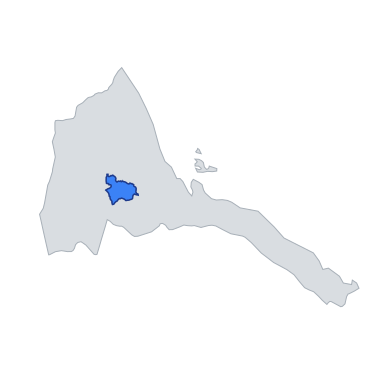 Mensura, Gash Barka, Eritrea (highlighted), rotated 353°
{"feature_id": "51966322B6823166627891", "entity_name": "Mensura", "entity_type": "district", "adm_level": 2, "iso_a3": "ERI", "parent_name": "Eritrea", "parent_adm1": "Gash Barka", "projection": "albers", "projection_center": [38.235, 15.48], "detail": "fine", "context": "in_parent", "style": "filled", "palette": "blue", "viewbox_px": 384, "rotation_deg": 353, "n_neighbors": 0, "source": "geoboundaries", "source_scale": "gbopen_adm2", "svg_char_len": 7062}
<svg xmlns="http://www.w3.org/2000/svg" viewBox="0 0 384 384"><g transform="rotate(353 192 192)"><path d="M42.1,236.9L40.7,223.3L39.8,214.2L38.9,204.6L38.0,195.5L42.4,190.0L44.4,184.7L49.7,167.5L51.8,164.1L55.9,154.9L56.5,152.2L60.6,140.6L60.2,132.9L59.5,125.1L61.7,120.5L63.6,116.8L63.5,113.7L64.4,106.4L65.1,104.6L67.5,104.5L72.3,105.4L75.9,104.7L80.1,104.7L83.3,104.5L85.2,102.3L87.8,93.8L89.5,92.1L90.8,91.6L94.4,90.1L97.6,87.6L100.1,85.8L101.1,85.5L103.7,85.3L106.4,84.2L107.7,83.0L111.1,82.1L114.4,82.6L116.6,81.6L118.1,80.9L119.8,80.9L121.4,79.9L122.0,78.4L123.0,77.4L125.6,75.2L126.8,73.6L127.3,72.0L127.9,70.7L129.0,68.6L133.5,63.1L137.4,60.0L151.1,87.3L156.7,103.4L161.7,120.2L165.4,145.5L168.9,158.4L174.6,164.8L178.5,176.8L181.8,177.2L184.2,180.5L188.4,191.8L191.3,195.9L192.9,192.3L192.7,190.2L191.5,186.8L192.5,182.3L194.8,179.6L200.0,183.2L202.9,185.9L203.7,191.5L205.0,194.6L210.5,201.0L215.1,202.9L221.1,203.3L226.2,204.7L230.2,207.0L237.8,213.6L255.2,219.1L269.3,236.7L277.7,248.9L305.0,267.2L309.8,276.0L312.4,284.8L318.1,284.2L328.1,293.6L331.1,300.8L339.1,303.3L340.4,299.0L344.3,302.4L346.0,307.9L340.9,310.2L335.3,312.2L334.5,312.2L332.7,314.7L330.2,321.7L327.3,323.8L325.7,324.0L316.8,317.7L315.4,317.4L313.5,318.7L312.2,320.0L308.0,315.2L304.9,310.9L300.6,305.8L296.5,303.6L292.1,300.7L287.7,294.0L283.2,286.6L276.7,280.6L264.5,272.0L253.3,261.0L244.7,249.4L239.2,243.4L236.8,241.9L225.5,238.2L217.6,232.9L211.5,228.6L207.8,227.4L204.2,227.3L196.6,228.3L190.2,225.6L187.5,225.6L183.3,224.8L179.9,223.8L176.0,225.0L168.0,227.0L164.7,226.6L162.8,223.9L161.8,221.8L159.0,219.6L156.6,219.6L155.4,221.6L147.0,226.6L132.9,229.3L129.5,229.1L127.0,227.2L119.9,218.7L117.9,217.3L116.3,217.2L113.0,216.2L109.9,214.5L107.2,211.1L104.5,209.1L101.6,215.9L96.4,227.7L93.7,234.1L90.1,242.3L89.0,242.5L87.2,241.9L80.2,231.7L75.8,227.8L72.4,228.2L70.0,230.1L68.5,233.5L66.8,235.6L65.0,236.4L61.2,236.0L55.3,234.3L49.2,234.6L42.9,236.9L42.1,236.9ZM207.3,168.8L209.2,171.3L210.6,171.0L211.6,170.2L212.3,168.4L219.5,171.8L219.1,174.2L214.8,174.3L209.9,173.4L205.3,173.8L199.8,172.8L198.5,168.9L202.0,170.8L203.8,170.3L204.1,169.7L201.6,167.1L198.2,166.6L198.4,164.5L199.9,163.6L200.9,162.6L198.9,159.7L202.8,160.4L205.3,162.1L206.9,164.1L207.3,168.8ZM204.2,150.6L205.8,155.1L201.3,153.4L200.6,152.5L202.5,150.6L202.9,149.5L204.2,150.6Z" fill="#d9dde1" stroke="#a8b0b8" stroke-width="1"/><path d="M106.6,179.6L107.0,180.1L107.3,180.4L107.5,180.6L107.6,180.8L107.8,181.0L107.9,181.3L108.0,181.4L108.2,181.6L108.5,182.0L108.8,182.6L109.0,183.0L109.1,183.3L109.2,183.7L109.3,184.3L109.3,185.0L109.4,185.7L109.5,186.0L109.4,186.1L109.5,186.2L109.8,186.3L110.0,186.6L110.0,186.9L110.0,187.2L110.0,187.3L109.9,187.6L109.9,187.9L110.0,188.2L110.0,188.5L110.1,188.9L110.1,189.2L110.2,189.6L110.4,189.8L110.6,190.2L110.9,190.4L111.1,190.8L111.2,191.2L111.4,191.7L111.4,191.8L111.4,192.1L111.3,192.4L111.3,192.7L111.2,192.9L111.3,193.2L111.3,193.7L111.4,194.3L111.5,194.7L112.0,194.7L112.6,194.6L112.9,194.5L113.2,194.3L113.4,194.0L113.6,193.7L113.9,193.5L114.0,193.3L114.3,193.1L114.9,192.6L115.2,192.4L115.5,192.3L115.7,192.1L116.0,192.0L116.3,192.0L116.5,191.9L116.8,191.7L117.0,191.3L117.2,191.1L117.5,190.9L117.7,190.6L118.0,190.4L118.2,190.2L118.6,189.9L119.0,189.7L119.3,189.7L119.5,189.8L119.7,190.0L119.8,190.0L120.1,189.8L120.4,189.8L120.5,189.7L120.8,189.6L121.2,189.5L121.4,189.5L121.7,189.7L121.9,189.7L122.0,189.8L122.3,190.0L122.7,190.1L123.2,190.4L123.5,190.5L123.7,190.8L123.8,190.8L124.3,191.2L124.5,191.4L124.8,191.8L124.9,192.0L125.0,192.1L125.1,192.3L125.3,192.4L126.4,192.4L126.9,192.3L128.3,192.4L128.6,192.4L128.8,192.3L129.0,192.2L129.4,192.1L129.5,192.1L130.0,192.0L130.3,191.9L130.7,191.9L130.9,191.9L131.0,191.8L131.3,191.8L131.5,191.7L131.9,191.5L132.0,191.4L132.2,191.1L132.3,190.9L132.4,190.6L132.4,190.4L132.6,189.4L132.8,189.1L132.9,188.4L133.4,187.8L134.0,187.4L134.3,187.1L134.6,187.0L134.8,187.2L135.3,187.4L135.6,187.6L136.0,187.8L136.3,187.9L136.7,188.1L136.8,188.1L137.0,188.2L137.6,188.3L137.8,188.4L138.0,188.4L138.2,188.5L138.2,188.3L138.1,188.2L138.2,187.9L138.2,187.7L137.9,187.5L137.8,187.4L137.8,187.2L137.7,187.2L137.5,187.3L137.4,187.3L137.3,187.2L137.2,187.2L137.2,187.3L136.9,187.3L136.9,187.2L136.8,186.9L137.1,186.9L136.8,186.5L136.8,186.4L136.7,186.1L136.6,185.9L136.4,185.6L136.4,185.4L136.3,185.2L136.3,184.9L136.4,184.7L136.4,184.4L136.5,184.0L136.5,183.8L136.6,183.5L136.7,183.1L136.8,183.1L136.8,182.8L136.9,182.6L136.9,182.3L137.0,181.9L137.0,181.7L136.9,181.2L136.8,180.8L136.6,180.3L136.1,179.9L135.9,179.8L135.7,179.7L135.2,179.4L135.1,179.2L134.9,178.4L134.9,178.2L134.9,177.8L135.0,177.7L134.9,177.5L134.8,177.4L134.6,177.3L134.5,177.2L134.4,177.1L134.1,177.0L133.8,176.9L133.6,176.5L133.3,176.6L133.2,176.5L133.0,176.4L132.9,176.3L132.5,176.1L132.2,175.9L131.8,175.8L131.7,175.8L131.6,175.7L131.5,176.0L131.3,176.1L131.0,176.1L130.8,176.2L130.5,176.2L130.3,176.3L129.9,176.2L129.3,175.9L129.0,175.7L128.8,175.6L128.5,175.3L128.4,175.2L128.2,175.1L128.0,174.7L127.9,174.7L127.7,174.6L127.5,174.4L127.4,174.3L127.1,174.1L126.7,173.8L126.4,173.7L126.2,173.6L125.5,173.5L125.3,173.2L124.9,173.0L124.5,172.9L124.3,172.9L124.2,172.9L123.8,173.0L123.8,172.9L123.7,173.0L123.2,173.1L123.2,172.9L123.1,172.7L122.8,172.6L122.7,172.6L122.5,172.4L122.2,172.5L122.1,172.4L121.9,172.5L121.7,172.6L121.2,172.6L120.9,172.5L120.8,172.4L120.6,172.3L120.4,172.2L120.0,172.3L119.9,172.3L119.0,172.9L118.8,172.9L118.6,172.9L118.4,172.7L118.3,172.4L117.9,172.0L117.9,171.9L117.8,171.7L117.7,171.4L117.6,171.2L117.6,170.9L117.6,170.7L117.8,170.2L118.0,169.9L118.1,169.4L118.1,169.2L118.1,168.9L117.9,168.6L117.8,168.3L117.7,167.9L117.5,167.7L117.4,167.6L117.3,167.4L117.2,167.2L116.8,166.9L116.6,166.8L116.3,166.5L116.1,166.3L116.0,166.2L115.8,166.0L115.6,165.7L115.4,165.6L115.1,165.7L114.9,165.9L114.6,166.1L114.4,166.1L114.2,166.1L113.9,165.9L113.7,165.8L113.5,166.0L113.4,166.1L113.2,166.2L112.9,166.1L112.5,166.4L112.3,166.5L112.0,166.6L111.8,166.6L111.3,166.5L111.2,166.5L111.0,166.3L110.8,165.9L110.7,165.7L110.6,165.3L110.5,165.0L110.5,164.7L110.5,164.4L110.7,164.2L110.4,164.1L110.0,164.5L109.9,164.5L109.7,164.3L109.6,164.5L109.6,164.8L109.7,165.1L109.6,165.5L109.5,165.8L109.4,166.0L108.8,166.7L108.7,166.9L108.7,167.1L108.5,167.5L108.5,167.8L108.5,168.3L108.4,168.7L108.4,168.9L108.3,169.2L108.2,169.8L108.2,170.3L108.1,170.7L108.1,171.0L108.2,171.5L108.3,171.7L108.2,171.9L108.2,172.0L108.1,172.4L108.1,172.5L108.1,172.8L108.5,173.2L108.9,173.3L109.0,173.3L109.5,173.3L109.8,173.4L109.8,173.5L110.1,173.5L110.3,173.7L110.4,173.8L110.4,174.0L110.4,174.3L110.4,174.6L110.5,174.8L111.2,174.8L112.0,174.9L112.1,175.0L112.4,175.2L112.5,175.4L112.5,175.6L112.5,175.8L112.5,176.2L112.5,176.4L112.4,176.5L112.3,176.8L112.2,177.1L111.9,177.3L111.5,177.6L111.1,177.9L110.7,178.1L110.1,178.4L109.8,178.4L109.7,178.4L109.3,178.4L109.1,178.5L108.8,178.6L108.6,178.7L108.5,178.8L108.4,178.8L107.9,179.0L107.7,179.2L107.2,179.4L106.9,179.4L106.7,179.5L106.6,179.6Z" fill="#3b82f6" stroke="#1e3a8a" stroke-width="1.5"/></g></svg>